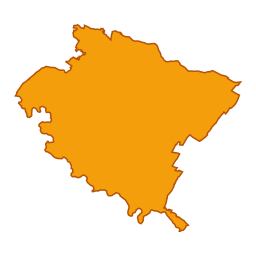 the district of Vagiulesti, Gorj, Romania
{"feature_id": "2599482B50580940662948", "entity_name": "Vagiulesti", "entity_type": "district", "adm_level": 2, "iso_a3": "ROU", "parent_name": "Romania", "parent_adm1": "Gorj", "projection": "mercator", "projection_center": [23.109, 44.721], "detail": "fine", "context": "isolated", "style": "filled", "palette": "amber", "viewbox_px": 256, "rotation_deg": 0, "n_neighbors": 0, "source": "geoboundaries", "source_scale": "gbopen_adm2", "svg_char_len": 5703}
<svg xmlns="http://www.w3.org/2000/svg" viewBox="0 0 256 256"><path d="M171.2,191.4L173.7,186.7L174.1,185.5L173.9,184.6L174.5,184.4L174.7,183.7L174.5,183.3L175.4,182.9L175.8,181.2L177.1,179.4L177.7,177.8L178.4,176.9L179.2,176.6L182.5,171.9L179.3,170.4L179.0,170.3L178.6,171.3L175.2,170.5L177.1,167.7L175.1,167.4L172.2,166.0L175.5,160.6L176.9,159.0L179.6,154.0L178.2,153.2L171.9,152.2L175.8,144.5L176.5,144.7L177.9,142.3L179.8,141.8L180.0,142.8L179.6,144.8L182.7,145.2L187.4,137.2L190.1,134.7L191.3,136.1L193.0,137.4L199.4,141.2L200.3,140.3L200.7,140.7L205.8,136.7L207.5,134.8L207.2,133.7L207.4,133.1L210.6,129.5L211.9,127.1L214.8,123.8L215.6,123.6L218.8,118.1L219.0,118.2L222.2,114.1L222.6,114.0L223.9,112.1L225.7,113.9L227.9,111.1L229.7,108.0L230.4,108.4L231.7,107.7L234.5,105.1L236.0,103.0L237.8,99.5L239.4,95.1L235.9,93.4L231.5,90.7L236.1,85.4L238.0,85.4L240.6,82.0L236.1,82.5L233.3,81.9L227.8,78.6L228.2,77.9L226.0,76.2L221.3,75.1L212.8,70.7L211.1,71.0L210.7,71.6L207.6,71.8L204.8,72.8L198.1,71.1L193.2,71.3L191.6,71.0L188.2,71.1L184.8,67.4L180.6,65.0L179.5,62.8L178.0,61.0L177.0,60.8L172.4,61.4L170.9,61.1L167.8,61.9L166.1,61.6L164.1,60.2L163.4,59.3L162.9,58.0L161.1,56.5L160.4,53.2L158.6,50.0L157.4,46.1L156.2,44.6L155.0,43.7L153.8,43.5L147.6,44.1L143.9,42.6L140.9,42.0L139.9,41.4L137.2,41.0L134.7,41.1L132.8,40.4L131.4,39.0L130.4,38.3L129.6,37.0L125.1,36.6L122.7,35.5L121.6,33.9L121.4,34.2L120.4,33.9L120.8,32.8L120.3,32.4L118.2,32.3L115.4,30.9L112.3,31.7L112.1,33.7L111.7,33.9L110.8,39.9L108.5,37.6L108.3,37.2L106.8,36.0L106.3,34.9L103.9,33.7L102.7,31.8L103.2,31.6L103.9,32.6L104.4,32.1L104.3,31.1L104.5,30.5L103.2,30.1L103.2,28.9L102.3,28.5L100.9,28.6L100.5,29.8L97.5,29.2L94.8,29.4L94.2,29.0L90.7,28.5L87.5,26.6L84.6,25.4L84.7,25.8L83.8,28.5L80.8,27.7L78.8,25.5L77.6,24.8L77.0,25.3L74.0,25.5L73.4,27.8L74.3,28.1L75.7,27.9L76.6,28.4L77.1,28.9L76.6,29.8L75.9,29.9L74.9,30.9L74.4,30.7L74.1,30.2L73.8,30.2L73.6,32.1L73.3,32.2L73.1,32.8L73.6,36.5L75.1,37.8L76.4,38.2L78.1,40.4L78.8,40.1L79.3,40.7L76.4,45.3L76.6,45.5L75.8,47.3L76.9,48.0L75.5,50.2L76.5,51.4L78.4,49.4L79.6,49.9L80.6,49.8L81.5,50.3L81.1,51.2L82.5,51.4L82.3,51.9L82.4,52.8L84.7,52.6L85.6,53.0L85.0,54.2L84.3,54.9L83.7,54.3L83.2,54.4L80.0,56.9L79.2,56.4L78.7,57.5L78.0,57.9L79.2,58.6L79.3,59.5L78.1,59.7L77.5,58.4L77.3,59.1L76.8,59.2L76.6,58.6L75.8,58.2L75.5,58.5L74.8,58.3L73.4,57.1L70.4,59.2L69.5,60.7L68.2,61.5L67.2,61.7L66.8,61.3L66.0,61.9L71.8,66.0L70.3,67.6L71.3,68.3L69.9,70.4L67.8,71.4L66.4,72.8L64.9,72.4L64.5,70.9L63.8,70.1L60.2,70.2L58.3,69.6L56.4,68.4L54.4,67.5L51.3,67.5L46.1,66.4L44.1,67.6L41.7,68.2L39.7,70.1L36.0,72.6L35.4,73.4L34.8,73.6L34.4,74.6L33.7,74.9L29.8,78.1L29.1,79.3L28.8,79.0L25.7,81.7L23.2,83.2L16.7,92.5L17.2,93.0L15.4,95.9L19.3,96.4L20.5,97.6L21.6,99.2L21.7,100.6L21.3,101.5L21.0,101.9L18.9,102.3L18.7,102.5L18.6,103.2L21.4,106.1L21.5,107.4L23.2,108.7L24.4,108.4L25.2,109.1L25.5,111.3L26.9,114.0L27.0,116.0L27.8,117.2L29.5,117.4L31.0,116.4L31.6,115.5L31.8,115.1L31.6,113.3L31.9,111.4L31.8,109.7L32.4,108.5L33.4,107.8L34.0,107.7L35.0,108.1L36.5,109.2L37.7,111.4L38.6,112.0L39.9,112.2L40.6,111.5L39.8,108.4L40.2,107.1L42.1,106.5L43.1,106.5L45.6,108.1L46.0,108.8L45.7,110.3L46.2,112.2L47.1,112.5L48.5,112.2L50.1,112.7L51.0,115.7L50.5,117.9L51.5,118.9L51.0,121.5L50.2,122.1L49.1,122.3L47.8,122.1L44.9,122.4L42.3,121.9L39.8,123.7L38.9,124.9L38.9,125.9L40.7,127.5L40.8,128.4L40.3,130.3L41.5,132.8L42.5,133.4L44.2,133.7L46.8,133.6L48.1,134.8L50.7,135.2L52.7,137.0L53.2,138.0L53.4,140.6L53.7,141.4L53.4,142.1L49.0,142.7L48.7,142.5L48.2,141.4L47.6,141.3L47.0,142.0L46.9,142.7L45.7,143.7L45.7,144.4L46.3,146.9L45.8,148.5L44.9,150.0L45.9,151.6L47.9,151.9L48.7,152.7L50.5,153.4L53.4,156.4L55.4,157.8L57.7,158.5L61.8,158.7L62.3,158.5L63.2,157.2L63.6,157.1L64.6,157.5L67.2,159.5L67.3,160.6L67.8,161.4L68.2,161.8L69.5,162.0L69.9,162.6L71.3,165.6L71.4,166.3L71.2,168.4L72.3,168.9L72.5,169.4L73.0,171.9L72.5,172.2L72.1,172.9L71.3,173.4L71.1,175.4L71.8,176.2L73.1,176.9L75.0,176.5L76.2,177.1L78.4,177.7L80.9,176.8L81.7,175.9L82.3,175.6L84.2,175.1L84.8,175.4L87.3,177.8L87.2,178.6L86.5,180.4L87.6,182.6L90.9,185.5L92.5,185.9L93.3,186.9L93.7,188.1L93.7,189.6L93.3,190.1L92.4,190.6L92.1,191.0L92.4,191.6L93.0,191.7L96.0,190.8L98.1,191.0L100.8,190.0L105.0,190.1L106.6,191.2L107.5,194.8L109.0,195.8L111.9,195.6L113.2,194.5L115.0,193.7L115.5,192.9L115.8,192.8L116.6,192.8L119.2,193.9L119.6,194.3L120.2,196.0L125.7,200.2L129.0,205.9L129.1,206.9L127.8,212.4L128.3,214.6L129.0,215.3L131.1,216.2L131.8,216.0L132.5,215.3L132.6,213.5L132.8,213.2L135.1,212.4L136.6,209.5L139.0,208.2L140.4,208.8L141.7,210.3L142.1,211.9L141.4,213.0L140.2,213.8L139.1,215.2L138.0,216.0L137.6,217.4L137.6,218.3L138.2,220.3L138.3,221.4L138.6,222.2L139.2,222.8L140.9,223.7L141.2,223.6L142.6,221.9L143.2,220.6L143.1,219.7L143.5,218.3L143.5,216.6L144.6,215.7L146.0,215.4L149.8,212.8L150.6,210.7L151.4,209.9L154.6,210.9L157.0,211.0L160.4,212.7L161.5,212.9L163.4,211.9L165.0,212.0L165.5,212.4L167.2,215.6L168.9,217.3L169.7,218.6L171.4,220.2L172.3,221.4L172.8,222.7L174.3,223.9L175.1,225.0L175.5,226.5L176.5,227.5L178.0,227.7L179.5,228.4L179.8,229.0L179.3,231.2L180.6,231.2L181.1,230.5L183.4,230.1L185.2,228.1L185.7,227.2L186.0,226.0L188.3,225.2L184.7,221.7L184.1,220.7L181.9,219.5L178.8,217.0L178.1,217.4L177.7,216.9L176.5,216.6L176.1,215.8L176.5,215.5L176.3,215.2L176.4,214.8L174.7,213.2L173.2,212.9L172.0,212.3L170.9,212.6L170.8,212.3L171.8,210.4L171.3,210.4L170.3,209.7L168.6,209.5L168.8,210.5L167.3,209.9L166.9,210.1L166.3,209.5L166.0,208.5L165.5,208.3L165.3,207.6L164.5,207.8L163.5,208.5L164.0,207.5L164.5,207.1L165.6,204.1L166.4,201.7L166.7,199.2L167.2,198.5L167.2,196.4L167.8,195.2L171.2,191.4Z" fill="#f59e0b" stroke="#b45309" stroke-width="1.5"/></svg>